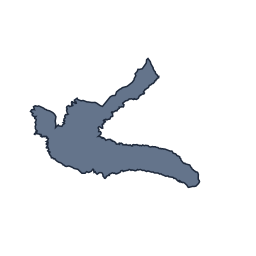 the district of Likila, Butha-Buthe, Lesotho, rotated 305°
{"feature_id": "5366337B33433866284044", "entity_name": "Likila", "entity_type": "district", "adm_level": 2, "iso_a3": "LSO", "parent_name": "Lesotho", "parent_adm1": "Butha-Buthe", "projection": "albers", "projection_center": [28.423, -28.762], "detail": "fine", "context": "isolated", "style": "filled", "palette": "slate", "viewbox_px": 256, "rotation_deg": 305, "n_neighbors": 0, "source": "geoboundaries", "source_scale": "gbopen_adm2", "svg_char_len": 5792}
<svg xmlns="http://www.w3.org/2000/svg" viewBox="0 0 256 256"><g transform="rotate(305 128 128)"><path d="M125.8,216.5L126.2,215.1L127.6,214.0L130.3,212.3L131.5,210.6L131.5,209.7L130.8,208.4L131.1,207.7L130.9,206.0L131.2,205.6L131.1,204.2L131.8,203.1L131.8,202.4L133.1,199.8L131.5,195.4L131.8,194.7L131.1,194.2L131.1,193.3L132.0,190.0L133.2,188.6L133.2,187.4L134.0,187.0L134.0,185.5L133.6,184.7L133.5,183.7L134.0,182.8L134.1,181.7L133.3,179.5L134.3,177.3L133.3,175.8L131.9,170.2L131.1,169.2L131.1,168.5L129.9,167.1L130.1,166.6L129.0,165.2L129.2,163.8L128.3,161.9L128.3,161.1L127.0,159.3L126.9,158.7L125.3,157.3L124.8,155.9L125.1,154.6L123.9,152.3L123.1,151.8L122.6,150.6L122.6,149.8L121.2,149.3L121.0,148.3L120.1,147.5L120.2,146.8L119.5,146.0L119.6,144.9L118.0,143.2L117.7,142.2L116.8,141.5L116.0,142.0L115.4,141.4L115.3,140.4L115.5,139.7L114.6,138.7L114.3,138.8L114.1,138.5L113.9,137.6L113.4,137.0L113.5,135.8L112.7,135.6L111.3,133.4L111.8,132.7L111.7,131.1L111.1,130.7L110.7,129.6L110.4,129.8L110.4,130.2L109.6,130.2L109.7,129.5L108.2,128.0L108.2,127.4L108.7,126.9L109.0,125.2L108.9,123.8L108.2,122.8L108.7,122.0L108.2,121.4L108.6,120.6L108.6,120.1L107.0,118.0L105.2,116.9L106.0,114.6L104.9,112.9L104.9,112.5L105.6,112.7L105.4,112.2L104.8,111.9L104.9,111.2L105.1,111.1L104.7,109.2L104.1,108.5L107.3,109.3L108.7,108.7L109.2,107.3L108.2,106.0L110.2,105.1L110.9,103.5L111.8,103.3L112.7,103.7L112.8,106.9L113.4,107.4L116.2,104.8L116.7,105.0L117.3,105.7L118.4,105.2L120.1,105.9L120.6,105.5L119.8,104.4L120.1,103.6L120.7,103.7L122.3,104.7L122.6,105.2L122.5,106.1L123.8,106.8L124.8,108.0L127.3,107.6L128.0,107.9L128.6,108.7L129.1,108.7L130.6,107.2L131.1,107.0L131.1,105.7L131.7,105.5L132.1,105.8L132.7,106.9L134.2,107.7L135.0,107.8L135.6,109.1L137.2,108.9L139.2,109.6L140.0,108.8L141.1,110.3L141.8,110.4L142.4,112.0L143.4,112.0L144.8,111.3L144.9,109.8L145.3,109.4L149.0,110.5L150.0,111.6L151.5,112.3L152.5,112.3L153.3,113.6L153.8,113.8L154.5,116.2L155.6,116.2L155.7,116.5L155.4,116.9L155.9,117.6L156.2,118.5L157.8,119.2L158.5,119.4L160.5,118.9L161.6,119.4L162.3,119.2L162.7,119.9L164.6,120.5L164.6,121.1L165.1,121.5L166.1,121.4L166.4,120.1L166.9,119.8L168.0,120.1L169.2,119.8L169.7,120.4L170.6,120.4L172.8,121.5L175.2,121.0L176.3,121.9L178.4,122.4L179.0,123.1L181.0,123.3L181.9,122.9L182.8,123.6L183.8,123.2L184.7,123.6L185.5,123.4L186.7,124.3L188.0,123.6L187.5,122.7L188.3,121.1L188.4,119.4L189.7,118.0L189.8,116.9L191.0,114.5L191.6,114.3L193.6,110.1L195.1,108.2L196.4,104.5L194.6,104.1L191.7,105.7L184.7,105.7L182.5,103.7L181.8,102.5L179.6,103.1L176.4,102.7L175.5,104.2L174.8,104.5L172.1,104.7L171.1,105.3L168.0,105.3L161.6,103.4L157.8,100.2L156.2,99.8L154.9,99.0L151.0,97.9L148.3,98.7L147.2,98.7L145.6,96.7L143.4,95.6L131.0,94.7L130.4,92.4L130.4,88.2L130.1,86.4L128.1,83.7L126.4,80.2L125.9,79.6L124.8,75.4L123.4,74.0L122.6,70.9L122.6,70.3L123.2,69.2L120.0,68.1L119.2,69.5L119.5,70.6L119.3,70.8L118.9,70.7L118.5,71.4L117.9,70.7L118.2,69.9L117.8,69.1L117.6,67.4L117.3,66.9L116.1,67.3L116.1,68.1L114.7,68.5L115.1,69.4L115.0,69.8L114.7,69.9L112.1,68.0L112.4,66.6L110.9,65.8L110.3,65.7L109.2,66.1L108.7,67.4L107.7,67.3L107.1,67.7L105.1,70.1L105.0,71.0L103.8,70.3L103.2,69.2L101.7,69.3L101.2,69.5L100.4,70.8L99.1,70.3L97.4,71.0L97.6,72.0L97.1,72.3L95.2,71.8L95.5,72.8L95.3,73.4L93.1,72.7L91.4,72.9L90.2,70.5L90.1,69.9L90.5,69.1L86.8,68.4L89.2,67.1L91.9,64.4L95.9,62.5L97.1,60.0L97.5,57.6L97.1,53.9L96.0,51.1L96.2,50.5L95.7,49.0L95.9,47.5L94.9,42.2L93.8,41.4L93.0,39.3L92.6,39.3L92.5,39.0L91.2,38.4L90.1,40.1L89.5,40.0L89.3,40.6L89.0,39.9L88.2,39.5L88.2,39.0L87.7,38.6L85.6,38.7L85.8,39.8L85.4,40.3L85.5,41.8L84.1,41.7L83.4,42.5L83.6,44.9L84.6,46.0L83.9,46.0L83.6,45.4L83.2,45.3L82.3,46.2L82.5,47.5L82.3,48.0L81.2,48.5L79.3,48.7L79.3,49.3L78.8,49.5L77.9,50.7L76.1,51.0L75.4,51.8L74.6,52.2L73.7,53.7L73.6,55.2L73.2,55.3L72.5,54.7L72.3,55.7L71.9,55.8L71.5,55.7L71.3,55.1L69.6,54.7L69.2,54.9L69.3,55.3L69.7,55.1L70.4,56.0L71.1,56.1L71.5,57.8L72.1,58.5L72.0,59.6L72.6,60.1L72.2,60.4L72.6,60.8L72.5,61.2L71.6,61.9L71.3,61.7L71.3,62.4L71.7,62.5L71.6,63.0L72.1,63.5L73.1,63.9L73.0,64.7L74.2,65.6L73.9,66.2L74.1,67.0L73.1,67.0L73.2,67.9L73.6,68.2L73.5,69.0L71.5,69.4L70.2,68.9L70.7,70.2L70.4,70.8L69.7,71.1L68.9,70.1L68.0,70.2L67.7,70.6L68.5,70.9L68.6,71.6L68.2,72.0L66.8,72.5L65.7,72.2L65.0,72.4L65.1,73.1L65.9,73.1L66.3,73.6L64.9,75.5L63.2,75.3L63.1,76.1L63.7,77.4L63.5,77.9L63.1,78.0L62.8,77.2L62.3,77.4L61.1,79.6L60.8,80.9L59.6,82.4L60.3,83.1L60.4,84.0L60.0,84.6L60.9,85.7L60.4,86.4L60.1,89.0L60.3,91.3L60.9,92.5L60.9,95.4L60.5,96.0L60.9,96.7L60.7,98.5L61.2,99.7L62.7,101.0L63.2,102.0L63.9,105.3L63.9,107.0L65.4,110.6L64.5,116.2L66.3,118.8L68.6,119.2L68.9,121.1L69.5,121.6L71.4,122.7L74.2,122.9L74.2,123.6L72.1,125.7L73.3,126.3L72.8,127.0L72.4,129.2L75.0,130.1L76.2,131.9L76.2,132.7L75.5,134.1L74.2,135.2L74.0,136.3L73.4,137.5L73.6,138.1L74.9,138.4L76.0,138.0L77.8,139.1L78.5,139.2L78.6,139.7L79.1,139.2L82.4,140.9L82.7,142.3L83.4,142.9L83.4,144.3L83.9,144.6L83.9,145.0L86.9,146.8L87.9,147.0L88.7,146.7L89.3,147.0L90.0,147.8L89.6,149.0L90.7,149.4L90.9,150.1L91.9,150.7L93.1,152.0L94.2,152.7L94.7,152.7L95.1,153.8L95.0,154.8L96.0,155.2L96.2,156.2L96.8,157.2L96.8,157.9L97.6,159.0L99.5,159.7L99.4,160.4L101.1,161.9L101.5,164.2L102.6,165.5L103.0,168.2L104.3,169.0L105.3,172.5L106.4,173.9L106.3,175.3L108.3,178.4L108.4,180.4L109.4,181.3L109.3,183.0L109.7,183.9L110.1,186.5L111.7,188.4L111.4,189.3L113.4,193.2L113.0,194.6L113.7,195.1L113.8,196.9L113.4,197.7L113.5,198.9L113.2,199.3L113.4,199.9L114.4,200.1L114.5,200.5L113.4,200.4L113.4,200.8L113.4,201.2L114.0,201.6L114.3,202.2L114.0,202.7L114.6,203.2L114.5,203.9L115.2,204.6L115.4,205.9L114.9,209.1L114.0,211.1L114.1,211.7L117.4,214.6L117.9,215.6L119.4,217.0L122.9,217.6L125.0,217.4L125.8,216.5Z" fill="#64748b" stroke="#1e293b" stroke-width="1.5"/></g></svg>